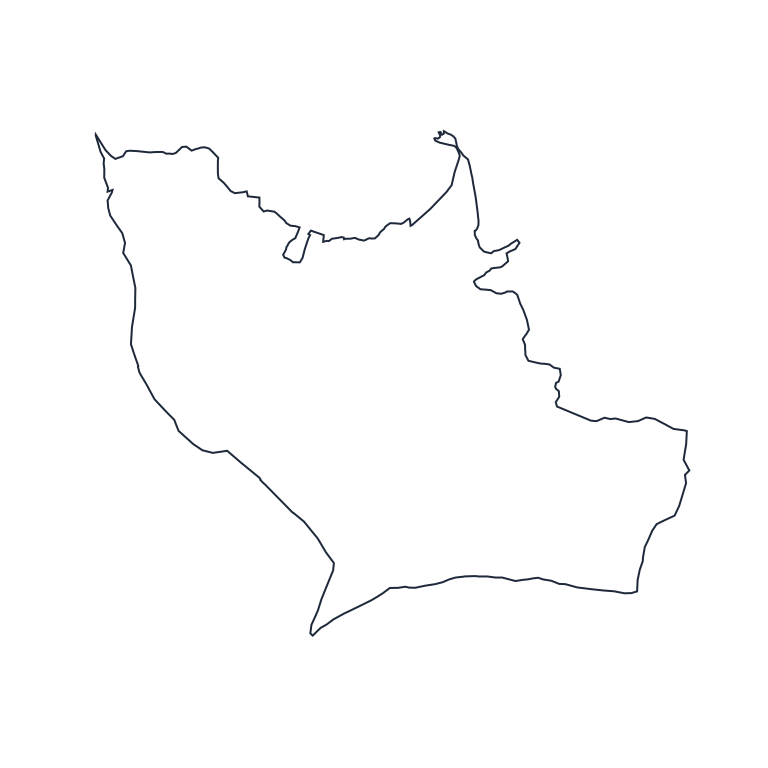 outline of Musoma Urban, Mara, United Republic of Tanzania, rotated 6°
{"feature_id": "72390352B68648514157418", "entity_name": "Musoma Urban", "entity_type": "district", "adm_level": 2, "iso_a3": "TZA", "parent_name": "United Republic of Tanzania", "parent_adm1": "Mara", "projection": "mercator", "projection_center": [33.795, -1.521], "detail": "fine", "context": "isolated", "style": "outline", "palette": "slate", "viewbox_px": 768, "rotation_deg": 6, "n_neighbors": 0, "source": "geoboundaries", "source_scale": "gbopen_adm2", "svg_char_len": 5758}
<svg xmlns="http://www.w3.org/2000/svg" viewBox="0 0 768 768"><g transform="rotate(6 384 384)"><path d="M696.7,438.1L689.9,428.1L690.1,423.5L690.8,412.3L690.1,399.2L687.7,398.7L676.6,398.4L666.7,394.3L656.9,390.4L648.3,389.9L646.5,390.9L643.0,392.9L640.6,394.3L631.5,396.3L618.0,394.1L612.8,395.2L606.8,394.5L599.3,398.7L596.2,398.8L593.6,398.8L558.6,388.4L558.4,388.3L556.7,384.1L559.6,378.4L558.6,372.8L555.7,370.9L554.5,368.9L555.0,364.9L557.4,363.4L558.9,356.7L558.3,354.5L557.2,350.5L551.3,350.0L546.6,347.3L542.2,347.1L537.7,347.3L532.8,346.8L525.2,345.8L521.7,340.5L521.0,336.0L520.7,334.6L520.2,330.4L517.3,324.9L519.0,321.7L520.5,319.2L522.5,314.8L520.2,307.7L519.5,305.4L514.8,295.8L511.1,289.9L507.2,281.4L505.2,280.0L502.3,278.5L496.4,279.2L495.4,280.2L491.2,282.0L486.3,282.0L480.4,279.5L476.7,279.5L476.2,279.5L470.0,279.7L465.4,277.0L462.7,272.8L462.7,272.7L464.4,270.6L465.2,270.0L468.8,267.6L469.0,267.4L472.2,265.4L474.0,262.4L477.2,260.2L478.5,258.1L478.6,257.9L482.3,256.9L487.2,255.9L489.5,254.5L492.2,251.5L494.6,249.0L493.8,246.0L493.6,245.3L492.2,241.3L495.6,238.8L500.5,236.1L504.0,229.4L501.3,226.7L498.6,228.9L495.9,230.9L493.4,233.4L489.2,235.9L484.3,238.9L479.4,240.3L476.9,242.8L472.2,242.3L469.5,241.8L467.6,240.3L464.9,238.1L463.6,235.4L462.4,231.4L460.5,229.3L458.7,226.2L458.6,225.0L458.2,222.2L458.9,222.0L460.3,219.9L461.3,216.3L461.0,212.0L460.3,209.0L459.2,203.6L458.3,199.8L456.9,193.9L455.6,188.5L451.5,174.5L450.2,169.4L449.0,166.1L447.7,161.9L446.3,157.6L444.0,151.8L439.2,148.6L436.0,145.1L433.4,142.7L431.6,139.7L430.7,136.6L429.3,132.5L427.1,130.4L423.8,128.8L421.5,128.4L419.3,127.3L417.1,126.3L417.2,127.4L417.3,128.7L415.6,130.0L414.3,129.4L414.2,127.7L413.3,127.5L412.1,128.0L412.8,129.2L414.0,130.9L413.7,132.8L412.0,134.3L409.0,134.1L408.4,134.6L409.6,136.6L414.0,138.1L423.2,139.3L428.5,139.8L430.7,140.8L432.2,142.8L433.1,144.3L434.8,147.3L435.5,149.3L434.9,153.1L432.1,165.9L430.5,179.1L426.1,186.5L411.6,205.2L395.3,223.0L393.9,223.9L393.5,222.0L392.9,219.1L391.9,216.9L390.2,217.9L387.0,221.2L384.3,223.0L379.1,223.0L373.4,223.4L371.2,225.2L369.0,227.4L367.7,230.0L364.6,233.1L362.9,236.6L359.8,240.1L357.0,240.6L354.0,240.6L352.4,241.5L350.4,242.8L348.8,243.5L346.0,243.1L344.6,243.1L341.9,242.4L340.2,241.7L338.0,242.2L335.0,243.1L330.8,243.5L329.1,244.2L328.7,242.6L326.6,242.3L322.2,243.7L317.0,245.0L314.3,247.6L312.2,247.6L310.1,248.4L308.6,248.9L308.6,242.2L295.2,239.1L293.1,242.7L294.9,243.6L293.6,247.1L292.4,252.3L291.1,258.4L289.8,267.1L287.6,271.8L284.3,272.1L282.6,272.2L281.2,272.3L280.9,272.5L277.8,270.5L273.9,269.0L272.0,268.8L270.4,266.4L270.2,266.1L272.5,260.5L272.7,258.0L273.4,256.8L274.2,254.6L275.1,252.9L277.8,250.2L280.5,248.3L282.4,242.2L283.7,237.1L279.4,236.3L274.3,236.3L269.9,234.1L268.2,231.9L262.6,228.0L259.2,225.4L257.0,224.1L249.7,223.7L246.2,225.0L245.3,224.1L241.5,220.7L241.1,215.5L240.6,211.6L232.9,211.6L229.0,211.6L228.9,211.2L227.3,206.8L223.4,208.1L215.7,209.8L211.3,208.1L211.0,207.8L207.0,203.8L203.2,200.3L200.4,198.5L200.4,198.3L198.0,196.8L196.8,192.0L196.3,187.7L195.5,179.8L195.5,176.4L189.9,171.6L185.5,168.1L180.8,167.3L176.9,168.1L175.2,169.0L172.6,169.9L168.3,172.0L162.7,168.6L158.4,169.4L155.0,173.4L152.8,176.0L149.8,177.3L146.3,177.3L143.3,177.7L141.2,176.8L140.2,176.5L138.1,176.5L131.6,177.3L126.9,178.2L120.4,178.2L114.0,178.2L106.6,178.6L103.2,179.5L100.6,184.7L93.3,188.2L88.5,185.6L82.5,180.4L71.3,166.1L71.3,166.9L77.8,182.6L82.1,189.1L82.1,193.8L83.4,199.5L84.2,208.1L86.8,213.3L89.0,217.7L89.0,221.6L91.7,220.3L93.7,219.4L93.3,222.0L92.8,223.3L91.9,225.4L89.9,230.5L90.7,234.2L91.3,237.7L94.1,245.1L101.9,254.5L107.9,261.3L108.8,263.5L108.9,263.9L109.3,264.6L109.6,265.6L109.9,266.3L111.7,270.7L111.2,277.7L111.1,278.3L110.9,280.9L111.7,281.9L113.3,284.0L119.9,292.6L122.9,302.4L126.7,314.5L127.9,328.3L128.0,328.6L128.1,330.0L128.4,333.2L128.5,334.8L128.0,343.3L127.6,350.2L127.4,353.7L128.2,371.0L133.1,381.9L137.8,391.8L137.4,392.4L138.9,396.4L139.2,397.3L139.5,397.8L140.5,399.5L147.3,408.5L157.4,423.2L168.5,432.8L171.6,435.4L179.1,441.5L184.6,452.1L200.7,463.8L209.8,468.6L210.1,468.7L210.3,468.9L220.9,470.4L221.0,470.4L228.9,468.4L235.0,466.8L243.4,472.6L249.7,477.0L269.8,490.2L270.3,490.7L271.2,491.8L271.0,492.3L273.2,494.1L273.4,494.3L274.3,495.1L274.5,495.2L275.6,495.9L306.3,521.2L307.4,521.8L307.6,521.8L318.8,529.2L324.2,534.6L324.6,535.0L324.8,535.1L326.8,537.2L334.1,544.4L336.3,547.3L343.7,557.3L352.7,567.1L352.8,567.3L352.9,567.7L352.9,569.9L352.9,572.8L352.9,574.7L347.5,593.3L344.2,604.8L344.1,605.5L342.0,615.8L341.9,616.3L339.8,622.8L337.0,631.1L336.8,639.6L339.1,641.5L339.4,641.7L342.3,638.2L343.0,637.3L346.6,633.0L351.4,629.7L351.6,629.6L358.3,623.4L368.5,616.3L370.2,615.3L374.8,612.5L394.2,600.3L398.5,597.1L403.7,593.0L404.4,592.5L411.2,586.2L417.3,585.5L419.1,585.3L422.4,584.4L426.4,583.4L428.2,583.6L430.3,583.9L436.0,583.4L436.4,583.4L443.1,581.2L446.7,580.1L449.4,579.4L455.8,577.7L461.4,575.6L463.2,574.9L469.5,571.4L474.4,569.4L475.4,569.0L483.1,567.3L484.5,566.9L494.7,565.5L498.7,565.5L507.1,564.6L513.5,564.8L515.3,564.8L519.0,564.4L521.6,564.1L535.3,566.2L541.4,564.6L543.3,564.1L544.1,563.9L547.0,563.4L552.6,561.7L555.3,561.1L557.5,560.6L559.4,561.0L562.6,561.7L571.0,562.2L579.2,564.5L585.3,564.1L597.4,566.1L612.6,566.4L615.3,566.4L624.5,566.4L634.5,566.1L645.0,567.0L651.9,566.1L657.1,563.9L657.4,563.8L656.8,553.5L656.7,552.5L657.8,541.9L659.9,533.0L659.8,531.8L659.7,529.1L659.8,528.1L660.4,518.9L663.2,511.1L665.7,503.1L665.9,502.5L666.0,502.1L669.4,495.6L669.9,494.8L678.2,489.6L678.6,489.4L686.8,484.5L688.9,478.4L690.3,474.5L690.3,474.4L692.7,462.0L693.0,460.5L694.5,452.5L694.8,451.0L694.2,448.7L692.8,442.9L696.7,438.1Z" fill="none" stroke="#1e293b" stroke-width="2"/></g></svg>